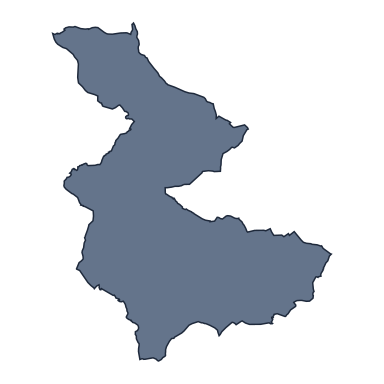 the district of Nocrich, Sibiu, Romania
{"feature_id": "2599482B38030332657871", "entity_name": "Nocrich", "entity_type": "district", "adm_level": 2, "iso_a3": "ROU", "parent_name": "Romania", "parent_adm1": "Sibiu", "projection": "albers", "projection_center": [24.444, 45.866], "detail": "fine", "context": "isolated", "style": "filled", "palette": "slate", "viewbox_px": 384, "rotation_deg": 0, "n_neighbors": 0, "source": "geoboundaries", "source_scale": "gbopen_adm2", "svg_char_len": 5918}
<svg xmlns="http://www.w3.org/2000/svg" viewBox="0 0 384 384"><path d="M232.1,322.3L233.5,322.6L235.0,323.5L236.1,324.7L241.2,321.3L242.3,321.0L245.4,323.0L249.5,324.4L260.6,324.3L268.5,322.9L269.6,323.0L270.4,323.7L272.3,323.7L272.6,323.4L271.7,322.9L271.3,321.8L271.9,321.3L272.7,319.4L271.9,318.5L271.7,317.3L272.0,317.2L272.2,318.0L273.2,317.6L272.8,316.9L273.8,315.5L274.0,314.4L277.2,313.7L285.1,316.5L285.7,316.3L286.7,314.8L288.0,313.8L290.6,309.9L295.6,306.4L295.8,305.1L293.7,302.4L293.9,302.2L296.8,300.6L300.1,300.4L301.8,300.4L306.4,301.3L309.6,301.1L313.0,298.2L313.3,295.5L312.9,295.1L312.9,293.4L313.3,292.2L314.0,291.6L313.3,289.0L312.7,282.7L315.8,277.0L316.7,276.8L318.0,277.4L318.3,276.8L321.0,276.1L320.7,275.2L321.0,273.5L323.0,270.3L322.9,269.7L323.6,268.8L323.4,268.0L323.7,267.3L324.0,267.0L325.8,263.0L327.8,260.8L329.4,256.0L331.3,254.1L330.3,253.7L323.4,248.6L322.6,247.7L321.9,246.2L321.0,245.5L321.3,246.2L317.1,244.8L312.1,244.3L310.8,243.7L306.5,243.3L303.4,242.3L301.2,240.1L294.2,231.6L289.4,235.4L288.4,233.6L283.9,236.7L281.8,235.1L273.8,235.4L271.7,232.1L270.2,228.7L265.8,230.8L263.8,230.3L254.7,230.4L247.6,232.1L246.9,231.4L245.7,228.3L244.0,225.1L243.1,224.1L241.9,221.8L239.0,219.2L238.8,218.2L237.1,218.6L234.8,218.2L230.7,216.1L228.9,215.8L227.4,215.7L226.1,216.1L222.5,219.0L220.5,218.6L218.7,217.5L217.2,217.3L214.6,221.1L210.1,221.7L210.2,221.0L205.5,220.2L202.4,218.9L194.0,213.7L193.7,213.2L191.9,212.4L191.7,211.9L188.1,210.3L186.2,209.0L185.4,209.5L184.8,209.4L182.4,208.3L182.4,207.0L179.6,204.4L177.7,203.4L176.6,201.6L175.8,201.2L174.5,198.8L174.0,199.0L173.8,198.2L173.1,198.6L172.9,198.1L172.1,197.8L172.0,197.3L169.9,196.5L166.4,194.1L165.8,194.0L165.3,193.0L165.2,187.7L167.4,187.7L171.7,187.1L175.0,186.3L178.5,186.3L181.5,185.7L182.9,184.9L184.4,184.4L189.5,184.3L202.0,172.8L202.4,171.6L202.8,171.4L208.5,170.7L212.8,171.1L214.2,171.6L220.4,171.3L220.6,168.1L220.5,167.0L221.0,165.0L221.2,159.7L223.0,153.6L226.9,151.5L229.6,149.5L231.6,147.4L232.1,147.2L234.5,147.9L238.1,145.4L239.6,143.5L242.1,141.1L243.3,135.7L246.9,129.7L248.2,129.1L247.5,127.6L244.6,124.9L235.4,127.2L234.0,127.5L233.0,127.2L229.4,123.8L230.6,122.5L227.1,120.3L225.9,120.1L218.9,116.2L216.2,118.5L216.3,115.0L215.3,111.3L214.2,108.5L213.2,103.8L211.7,103.5L209.9,102.5L207.5,101.9L206.5,101.1L205.3,98.7L203.8,97.3L193.9,93.6L189.0,93.0L184.8,91.7L174.7,87.2L167.7,84.7L167.1,83.9L166.3,83.6L164.5,81.0L161.4,77.7L159.6,76.4L157.8,72.8L154.0,68.4L149.5,62.6L148.5,61.2L147.1,58.0L145.6,57.4L144.5,55.5L141.3,54.5L139.8,53.4L138.7,52.0L138.6,50.3L138.2,48.4L138.3,46.6L139.1,44.8L139.1,43.7L138.6,40.5L136.8,37.4L136.9,35.8L137.5,34.0L137.3,31.6L135.8,28.8L134.9,25.7L133.5,23.0L133.0,23.5L133.0,24.0L132.0,24.4L132.6,29.4L132.2,30.6L131.1,32.3L130.7,34.4L127.1,32.9L126.1,32.8L120.5,33.0L112.3,34.2L107.7,34.0L106.2,33.5L104.0,32.2L97.9,27.6L95.3,27.3L92.2,27.7L88.6,29.3L88.3,28.8L85.2,29.1L80.7,28.6L75.0,26.5L73.3,27.1L69.0,26.9L65.7,27.8L64.0,29.1L64.9,30.2L62.4,32.1L60.1,33.2L60.0,33.6L59.0,33.8L57.9,33.3L57.6,33.8L56.9,33.4L54.9,34.5L52.7,33.5L54.3,39.1L55.9,42.2L57.8,44.3L62.9,47.5L66.4,48.6L73.2,54.4L74.5,56.8L77.5,60.4L78.4,64.0L77.7,77.4L78.5,82.9L82.5,86.7L85.4,90.5L87.8,92.5L94.7,94.6L97.8,96.0L97.7,100.8L100.3,102.9L101.5,103.1L101.6,104.0L102.2,104.5L102.4,105.7L103.1,106.3L112.4,109.0L115.5,107.6L118.4,105.4L119.8,105.0L122.4,107.8L124.6,111.2L125.1,111.5L126.3,111.5L126.7,112.0L127.8,112.5L128.2,113.2L128.5,115.0L128.0,115.6L127.1,115.6L125.8,116.6L125.6,117.4L126.0,118.4L126.8,118.8L128.7,118.4L129.3,118.9L131.8,119.0L134.3,121.5L131.7,124.5L129.7,128.5L130.9,129.1L130.9,129.5L130.3,130.1L129.1,130.1L128.6,131.2L127.3,131.7L126.8,132.7L126.4,133.0L124.7,133.6L120.7,134.3L120.1,134.8L118.0,138.2L115.9,140.4L115.5,142.0L115.1,142.5L114.9,144.2L114.5,145.1L113.4,146.0L111.4,150.9L109.6,151.5L109.6,152.0L109.0,152.6L108.6,152.4L108.6,153.0L106.0,154.2L105.8,155.0L104.2,155.7L104.2,156.2L103.5,156.6L102.0,160.1L101.4,162.4L99.9,164.6L97.9,164.5L95.1,165.3L88.0,165.6L87.1,164.9L86.7,163.6L85.7,163.3L83.3,164.2L82.5,164.8L81.9,164.8L81.9,165.1L79.7,165.6L79.0,166.6L77.8,166.9L77.9,168.3L77.4,169.9L76.7,170.4L74.3,168.8L74.2,169.3L73.4,168.7L72.2,169.4L71.3,171.7L69.7,173.2L71.2,174.0L71.3,174.3L71.0,175.1L70.0,176.4L68.3,177.3L67.1,177.3L66.2,179.0L64.2,181.1L64.3,183.1L63.9,185.6L64.2,186.9L66.0,189.1L67.8,190.5L71.8,193.5L73.4,194.2L77.5,197.4L77.9,198.1L79.6,202.7L80.9,204.4L80.7,205.1L83.2,205.6L83.2,206.2L85.0,206.6L93.2,210.9L93.5,216.1L93.0,220.8L88.9,224.7L88.6,226.3L87.4,230.3L85.4,235.7L85.2,236.8L84.6,237.6L85.5,240.2L84.2,243.0L83.6,247.8L82.3,250.7L82.0,252.5L83.0,256.1L83.2,258.2L83.0,259.2L81.4,260.9L79.1,262.6L76.5,268.9L76.6,269.1L79.7,270.5L87.9,282.5L91.0,285.6L93.9,287.9L94.3,288.7L96.7,286.0L99.0,284.8L99.3,286.8L99.1,287.5L100.0,289.6L100.8,289.8L101.4,288.6L113.2,295.4L114.2,295.1L115.3,296.5L115.9,298.0L119.0,299.0L119.5,299.5L119.4,300.3L118.4,299.9L118.1,300.5L119.6,301.5L121.3,301.8L123.2,301.2L124.2,302.4L125.4,304.6L126.0,307.2L126.8,308.9L127.0,311.0L127.9,312.7L127.9,313.8L126.3,316.9L126.4,317.5L127.1,318.3L128.8,319.5L130.1,319.9L130.6,320.6L131.3,320.4L131.7,321.4L132.4,321.9L132.7,322.4L134.8,323.0L137.8,325.1L138.2,325.9L138.6,327.5L138.4,329.1L137.3,330.7L135.4,331.7L135.3,334.4L136.3,335.8L136.4,338.8L138.1,342.5L139.1,343.6L139.1,345.4L138.6,348.5L138.5,351.5L139.9,359.5L141.4,358.9L142.8,358.8L143.7,359.3L145.3,359.2L153.1,357.8L156.1,359.1L157.6,360.6L158.6,361.0L161.3,359.5L162.8,357.6L164.8,356.4L165.5,355.6L165.4,353.0L165.6,352.2L165.6,349.7L166.5,346.6L169.4,341.3L171.6,338.5L173.9,338.3L174.5,337.2L181.7,333.0L184.0,331.0L189.0,325.2L192.1,323.6L198.2,321.6L201.4,322.8L202.6,322.8L204.8,323.6L205.8,323.6L209.9,325.3L214.7,327.8L217.5,330.2L217.9,332.1L219.1,335.7L220.1,334.6L221.8,331.7L226.0,327.5L232.1,322.3Z" fill="#64748b" stroke="#1e293b" stroke-width="1.5"/></svg>